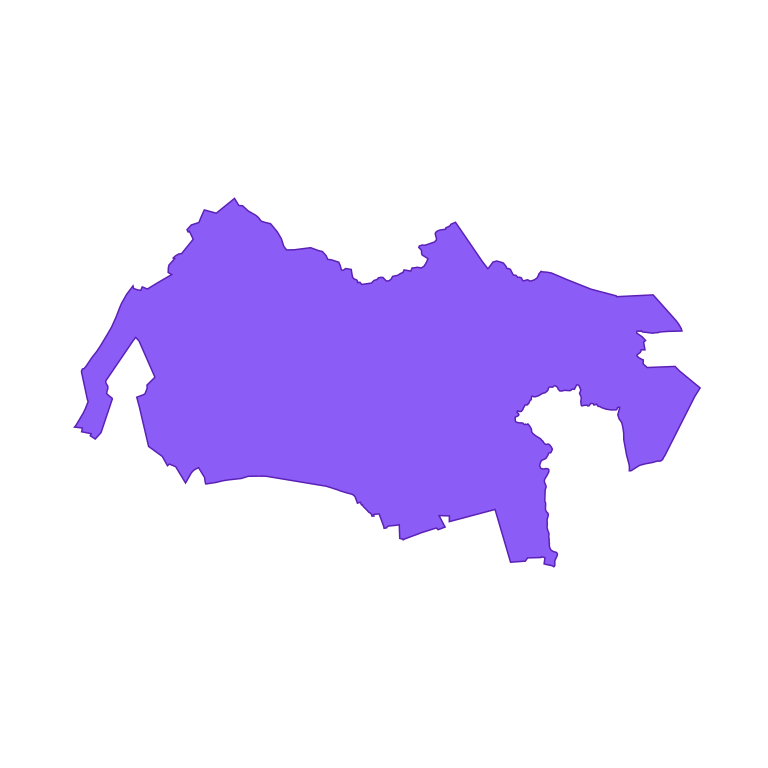 the district of Coroneo, Guanajuato, Mexico, rotated 262°
{"feature_id": "50627088B99692357017309", "entity_name": "Coroneo", "entity_type": "district", "adm_level": 2, "iso_a3": "MEX", "parent_name": "Mexico", "parent_adm1": "Guanajuato", "projection": "albers", "projection_center": [-100.395, 20.217], "detail": "fine", "context": "isolated", "style": "filled", "palette": "violet", "viewbox_px": 768, "rotation_deg": 262, "n_neighbors": 0, "source": "geoboundaries", "source_scale": "gbopen_adm2", "svg_char_len": 6153}
<svg xmlns="http://www.w3.org/2000/svg" viewBox="0 0 768 768"><g transform="rotate(262 384 384)"><path d="M402.4,684.1L406.2,682.0L434.8,662.9L438.1,626.5L439.0,626.2L449.0,602.4L461.7,580.1L470.6,565.3L472.0,561.1L472.9,557.0L473.3,555.7L473.7,555.3L471.2,552.4L470.1,552.3L469.4,551.5L467.7,550.3L466.2,547.4L465.5,543.1L467.2,540.8L467.0,538.0L466.6,536.8L467.0,535.9L470.1,534.7L470.9,533.1L470.9,531.4L473.2,529.8L473.9,527.4L474.7,526.9L480.0,525.1L481.0,523.3L481.4,521.7L483.5,521.2L487.1,519.1L488.0,517.6L490.1,512.7L489.6,508.9L484.5,503.9L483.8,502.8L491.3,498.6L534.2,477.3L532.9,472.5L531.6,471.4L530.8,469.7L530.2,467.1L528.7,466.5L528.7,461.5L528.4,459.2L527.7,457.4L526.8,456.2L525.6,455.6L520.7,456.2L519.2,455.8L517.6,453.7L515.7,443.9L516.3,441.2L515.8,438.3L514.4,437.4L511.2,439.7L507.7,439.4L506.4,439.8L502.0,445.0L498.5,442.9L495.1,440.1L493.7,437.0L495.0,433.2L494.8,430.7L495.0,428.0L492.1,426.2L494.2,419.8L491.7,418.2L491.3,416.1L489.7,412.6L489.4,407.6L486.7,405.5L485.5,403.2L485.7,400.6L489.6,397.8L490.1,395.8L489.9,393.2L488.5,391.8L487.9,388.4L485.7,385.6L485.7,375.8L488.1,374.3L488.1,372.0L489.9,372.0L490.9,371.4L492.3,368.9L493.9,367.9L496.3,367.6L502.0,367.5L503.7,362.1L502.3,359.5L502.8,357.7L507.1,357.2L510.9,356.2L514.4,349.0L515.2,345.7L519.2,344.5L523.8,341.4L525.2,337.7L529.2,330.3L529.4,313.9L530.3,306.2L534.4,303.9L542.1,302.6L549.8,299.4L558.6,293.9L560.5,288.9L562.4,285.0L566.4,282.8L568.9,280.5L574.2,273.7L580.2,268.7L581.0,265.1L588.6,261.8L576.5,241.7L581.4,230.3L574.9,226.2L569.7,223.2L568.3,215.3L564.2,210.4L561.8,211.2L562.4,212.5L553.9,215.2L541.3,201.7L541.3,198.6L539.7,195.0L538.1,192.8L537.3,194.2L531.7,187.6L529.0,186.6L524.5,185.8L521.9,189.0L516.0,174.5L511.0,162.9L513.8,158.1L510.6,156.2L511.4,153.3L513.4,149.4L516.1,149.1L508.7,141.7L500.5,135.4L496.4,132.9L487.6,128.0L478.5,122.3L472.6,117.7L460.4,107.8L456.1,103.9L450.3,97.9L443.1,91.5L440.9,89.0L440.9,87.5L439.4,86.5L438.2,86.1L410.0,88.1L407.8,88.6L400.9,84.7L397.3,82.3L386.3,73.5L384.4,71.5L382.4,79.2L378.8,77.9L375.5,87.2L373.6,85.9L369.7,90.4L375.2,97.0L407.0,112.9L407.9,112.7L411.1,109.6L413.1,108.1L414.8,108.4L417.6,109.8L420.2,110.2L422.8,109.1L424.7,108.6L426.0,109.1L461.8,141.6L464.7,144.6L460.7,147.4L422.6,158.1L415.9,149.1L412.8,148.9L407.5,145.9L406.9,144.4L405.3,137.3L395.8,138.5L354.9,142.2L343.1,154.4L333.2,158.2L334.6,160.3L331.1,166.2L313.6,173.7L322.9,180.9L324.6,183.0L325.5,184.5L327.0,188.7L316.4,193.3L311.3,193.3L309.8,193.6L309.9,203.7L310.6,211.0L310.7,216.3L310.3,229.5L311.5,236.7L310.2,247.1L309.1,254.3L290.8,312.6L285.3,324.1L284.6,325.1L281.7,331.2L279.1,337.3L277.2,339.2L275.4,339.9L269.7,341.1L270.2,344.1L267.4,344.9L267.5,345.8L265.4,346.5L263.2,348.3L259.0,351.2L258.0,352.6L256.7,353.4L254.8,353.7L254.7,355.7L256.1,355.5L256.3,356.8L256.0,361.1L243.5,363.8L241.1,364.0L241.2,366.6L242.2,367.4L242.7,368.8L242.4,376.1L242.5,379.5L228.9,378.1L227.7,381.0L227.0,381.3L227.6,382.7L231.6,400.7L234.1,415.5L233.4,416.4L232.2,417.3L233.8,424.6L246.0,420.2L244.3,430.4L238.6,429.5L244.3,476.5L189.9,484.5L188.9,499.3L191.8,502.0L190.3,515.4L191.0,515.9L189.6,519.2L183.6,517.5L182.8,519.3L180.6,525.4L179.4,526.7L179.6,527.2L180.8,528.0L184.5,528.4L185.6,528.8L189.4,531.3L191.3,532.1L192.7,531.7L193.3,531.2L194.5,528.4L195.9,526.7L196.8,526.0L198.7,525.4L200.9,525.2L203.7,525.7L204.6,525.5L206.5,525.9L209.8,525.9L213.0,526.6L216.3,525.8L219.4,525.5L222.3,526.2L226.9,526.6L230.6,528.2L232.3,528.6L233.3,528.3L234.9,527.1L237.0,526.4L243.6,527.5L245.3,527.0L246.1,527.0L255.8,528.7L257.2,529.1L259.2,530.1L260.3,530.3L264.3,529.3L265.8,529.3L267.1,529.7L271.3,533.1L274.0,534.9L274.9,535.2L276.2,535.3L277.0,534.7L277.5,533.8L277.8,531.9L277.5,530.7L277.6,530.1L278.3,528.2L279.1,527.3L281.6,526.8L282.3,527.0L285.7,528.8L286.4,529.4L287.6,533.6L288.0,534.2L290.5,536.3L292.4,537.3L292.8,537.8L292.9,538.3L292.6,539.2L293.2,540.0L295.8,541.6L296.3,541.6L298.4,540.9L300.9,539.4L301.5,538.7L301.7,538.0L301.6,536.0L302.3,534.9L303.1,534.3L305.2,533.4L306.3,532.4L307.9,531.5L311.6,527.0L314.3,524.5L315.5,523.8L316.7,523.6L318.6,523.7L319.9,523.3L322.3,522.3L324.4,521.0L324.4,520.6L324.0,520.0L324.0,519.3L324.6,518.5L324.3,517.3L324.9,516.6L325.8,516.3L326.1,515.7L326.7,512.6L327.2,511.0L328.1,509.3L329.5,508.9L332.6,509.3L333.0,509.6L333.5,511.5L334.0,512.5L334.3,513.0L335.1,513.3L336.1,513.0L337.1,512.0L338.3,512.0L338.8,512.6L337.7,514.7L337.8,516.3L339.5,518.0L341.0,518.8L342.5,520.1L343.6,520.7L343.7,521.6L343.3,522.6L343.5,523.3L344.3,523.7L344.4,524.4L345.0,524.9L347.5,526.4L348.0,527.7L350.0,528.0L351.3,528.6L351.3,529.2L350.6,530.3L350.3,531.9L350.4,532.8L350.9,535.6L352.7,539.7L352.9,542.4L354.5,544.9L355.2,545.5L357.2,546.4L357.9,547.1L357.9,548.2L357.4,550.3L357.5,550.8L358.5,552.3L358.5,553.2L357.4,554.6L356.1,555.4L354.4,555.9L352.9,556.9L352.6,557.3L352.3,559.2L352.6,561.9L351.6,566.7L351.6,568.1L352.8,569.5L352.8,569.9L352.3,571.2L352.3,571.9L356.2,574.6L356.3,575.7L355.3,576.8L354.7,577.1L354.0,577.1L353.4,577.5L351.9,577.7L351.1,578.1L350.5,578.0L347.5,576.3L344.6,577.2L342.5,577.4L339.4,576.4L335.5,576.4L334.8,576.8L335.0,580.1L334.8,582.0L333.9,582.8L333.8,583.7L333.9,584.1L335.8,585.8L335.9,587.0L335.2,588.6L334.0,588.9L333.9,589.4L334.5,591.7L333.0,592.3L332.0,593.0L331.5,594.9L330.2,596.2L330.1,596.8L329.1,598.4L329.0,599.1L328.4,599.8L326.9,604.6L326.6,606.0L326.5,607.6L326.2,608.7L326.1,610.6L326.5,611.1L328.3,612.1L328.2,614.1L327.5,614.0L324.7,612.8L321.0,611.2L316.7,612.0L312.8,614.0L308.1,614.5L301.8,614.5L295.5,613.7L280.1,614.3L270.1,615.5L267.0,615.4L263.9,614.8L263.7,616.5L267.9,625.9L268.6,631.8L268.9,638.9L269.6,643.8L269.2,647.1L270.4,649.4L272.0,650.4L274.5,652.5L328.5,690.1L336.1,696.5L355.7,678.5L360.9,674.6L363.7,646.9L367.5,643.7L368.2,643.5L371.8,644.1L372.3,643.1L374.5,640.1L376.6,638.4L377.8,638.9L379.5,642.0L380.6,642.9L382.1,643.5L381.5,647.2L389.3,646.9L390.7,649.1L394.8,646.2L399.3,641.3L401.3,641.9L400.5,645.2L400.9,646.3L399.6,647.1L396.9,657.3L397.0,660.7L396.7,661.6L397.1,665.2L396.5,673.2L395.0,686.4L397.5,686.1L402.4,684.1Z" fill="#8b5cf6" stroke="#5b21b6" stroke-width="1.5"/></g></svg>